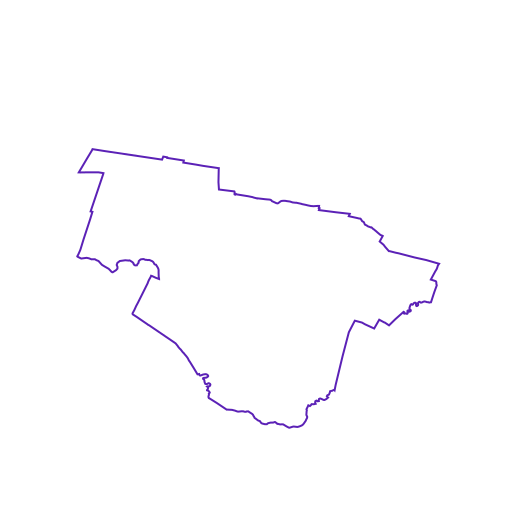 outline of Ciocanesti, Dâmbovita, Romania, rotated 152°
{"feature_id": "2599482B43170479222573", "entity_name": "Ciocanesti", "entity_type": "district", "adm_level": 2, "iso_a3": "ROU", "parent_name": "Romania", "parent_adm1": "Dâmbovita", "projection": "natural_earth1", "projection_center": [25.852, 44.613], "detail": "fine", "context": "isolated", "style": "outline", "palette": "violet", "viewbox_px": 512, "rotation_deg": 152, "n_neighbors": 0, "source": "geoboundaries", "source_scale": "gbopen_adm2", "svg_char_len": 6086}
<svg xmlns="http://www.w3.org/2000/svg" viewBox="0 0 512 512"><g transform="rotate(152 256 256)"><path d="M354.0,134.1L353.5,133.9L349.4,131.4L347.2,129.4L345.7,127.7L345.0,127.1L344.5,126.8L341.7,125.7L340.8,125.2L340.1,124.8L339.4,124.0L338.3,123.3L337.7,123.1L337.1,123.1L336.5,122.8L335.7,122.4L335.2,121.3L333.5,118.3L333.3,117.6L333.2,117.1L333.3,116.0L333.1,115.0L333.3,114.0L333.0,113.2L332.5,112.3L331.8,110.7L331.3,109.7L330.1,108.4L330.0,107.9L330.0,107.2L329.7,105.9L329.2,105.2L327.1,103.3L325.4,102.4L324.0,102.7L323.0,102.5L321.2,102.0L318.9,100.8L317.4,100.6L317.1,100.4L316.9,100.1L316.7,99.5L316.2,98.7L316.1,97.9L315.8,97.6L315.3,97.4L313.8,96.0L311.7,95.0L311.0,94.5L309.3,91.6L308.4,90.2L307.6,89.1L307.3,88.8L306.8,88.6L303.5,88.0L302.7,87.7L300.0,85.8L299.4,85.5L297.4,85.1L295.1,84.9L293.8,85.1L292.7,85.5L289.4,87.2L288.6,87.9L287.0,89.0L286.5,89.6L286.2,90.2L286.2,90.8L286.2,91.5L286.1,92.1L284.3,95.0L283.5,96.0L283.4,97.0L282.3,97.8L281.8,98.1L279.9,99.6L278.8,98.2L277.6,98.5L276.5,99.1L274.6,98.0L272.7,97.5L272.5,99.0L271.8,99.9L270.6,100.0L269.8,98.8L268.6,98.4L268.3,99.3L267.4,100.2L266.3,100.1L265.4,99.2L263.9,97.2L263.1,96.7L260.9,96.7L258.8,97.2L259.1,98.0L259.3,98.9L258.4,99.5L256.6,99.4L254.8,100.9L254.1,101.8L253.0,101.6L251.9,101.2L250.5,101.3L249.7,101.1L249.6,100.6L246.1,104.9L226.5,127.0L209.8,145.1L199.1,152.5L193.7,147.5L191.8,144.5L185.7,136.5L177.1,141.9L174.0,137.2L173.6,136.9L171.1,132.3L162.6,134.8L151.9,137.4L151.6,136.9L151.8,136.6L152.3,136.4L152.4,135.9L152.2,135.6L151.8,135.3L150.8,135.1L150.4,134.7L150.1,134.2L149.7,134.0L149.2,134.1L148.9,134.4L148.6,134.9L148.4,135.7L148.1,136.4L147.6,136.6L146.7,136.4L146.6,136.1L146.8,135.8L147.1,135.5L147.1,135.0L146.8,134.8L146.0,134.7L145.3,134.8L145.0,135.0L144.8,135.8L145.1,136.3L145.2,137.0L145.1,137.7L144.7,138.3L142.8,140.1L141.9,140.5L141.5,140.6L141.3,140.3L141.0,139.8L140.6,139.5L140.0,139.6L139.1,140.2L138.1,140.3L137.4,140.1L136.9,139.4L137.1,138.7L137.6,137.9L137.9,136.8L137.7,136.4L136.9,136.2L136.0,136.5L135.6,137.0L135.1,138.4L134.0,138.9L133.5,138.9L133.0,138.7L132.5,137.6L132.0,137.3L131.3,137.1L130.2,137.1L128.8,136.9L127.6,136.0L126.7,135.0L125.4,134.2L125.1,133.7L124.6,133.4L123.9,133.3L123.2,133.0L119.9,136.2L115.2,140.7L110.2,145.2L110.1,145.4L109.9,146.6L109.2,148.0L109.0,148.8L109.1,149.3L109.2,149.5L112.7,153.1L104.9,158.3L102.8,159.5L101.6,160.5L99.9,162.2L98.0,163.2L107.6,172.5L116.6,180.2L128.9,191.5L131.1,193.3L135.8,197.6L136.4,197.9L137.7,203.5L138.1,206.0L140.0,210.7L134.7,214.2L135.3,215.1L135.9,215.7L136.3,216.3L137.7,219.8L138.4,221.7L138.8,222.6L139.3,223.9L139.9,225.0L140.2,225.9L140.4,226.6L140.6,227.1L141.2,227.3L142.1,228.4L142.8,229.1L143.5,230.0L143.9,231.0L145.0,232.4L145.1,232.8L144.9,235.2L145.7,236.6L145.9,236.9L146.1,239.4L146.3,240.0L146.6,240.2L147.5,240.8L148.8,242.0L155.4,247.6L153.4,249.2L164.9,257.1L178.9,267.0L177.5,268.3L178.1,268.8L176.8,270.6L177.9,271.2L181.9,273.0L184.1,274.4L186.3,276.2L188.2,277.9L189.9,279.3L191.0,280.2L191.5,280.8L195.5,284.2L196.0,284.4L198.5,286.1L200.4,288.1L203.3,290.2L204.0,290.8L205.9,291.9L207.6,292.6L208.2,292.7L209.4,292.6L211.6,292.2L212.0,292.3L212.4,292.4L213.3,293.2L215.4,296.0L216.0,296.7L216.2,297.1L216.3,297.9L216.6,298.5L216.8,298.8L217.5,299.4L218.4,300.0L219.2,300.5L221.2,301.8L226.7,305.6L228.0,306.5L228.1,306.4L230.6,308.7L231.4,309.6L234.8,312.4L243.9,319.3L244.2,319.7L244.4,320.0L245.3,319.8L245.6,319.9L246.0,320.5L245.6,321.3L245.1,321.9L244.8,322.8L244.8,323.2L257.5,332.1L254.5,338.8L247.9,350.6L247.6,351.0L260.5,360.5L266.0,364.8L276.3,372.6L274.9,374.2L288.1,384.1L287.8,384.3L287.9,384.7L291.2,387.3L293.7,385.2L340.5,419.8L350.2,427.1L350.7,426.7L352.2,425.7L353.1,425.2L359.6,421.3L359.9,421.1L360.1,421.0L373.2,413.0L371.3,411.9L370.9,411.8L356.3,404.1L355.9,403.9L351.8,400.8L352.3,400.2L381.1,373.0L379.7,371.8L385.3,366.2L400.4,351.7L407.6,344.5L408.7,343.5L412.3,340.7L413.7,339.8L414.0,339.5L413.8,339.0L411.5,335.8L406.4,333.9L404.6,332.4L402.8,330.3L399.8,328.8L398.9,327.3L397.4,325.5L396.2,320.6L394.7,318.0L392.1,313.9L391.5,311.9L391.0,309.9L390.5,309.1L390.1,308.9L386.2,309.2L384.3,309.9L383.4,311.4L383.2,313.5L381.6,315.0L378.6,315.5L373.4,313.6L370.5,311.7L370.1,311.7L369.6,311.4L369.5,311.2L368.4,309.4L367.8,308.1L367.6,306.9L367.8,306.7L367.8,306.3L367.8,305.8L367.6,305.2L367.5,304.9L367.0,304.4L366.6,304.2L365.6,303.7L364.7,304.2L364.1,304.7L363.1,305.0L362.8,305.2L362.7,305.5L361.9,306.5L360.2,307.0L359.3,307.1L358.1,306.7L356.6,306.0L355.5,304.6L354.6,304.1L353.3,303.1L352.4,302.8L351.8,302.3L350.0,300.0L349.6,299.0L349.5,298.3L349.5,296.6L349.2,296.0L348.6,295.3L348.4,295.2L348.2,292.4L348.2,291.0L348.4,289.9L348.8,288.9L349.7,287.3L351.8,283.0L352.1,281.8L352.4,281.2L354.7,283.8L357.1,287.0L357.9,287.8L358.5,287.2L361.9,285.0L364.0,283.3L364.3,282.9L366.7,281.2L382.3,270.1L385.3,268.1L388.8,265.4L391.7,263.5L392.0,263.2L392.2,262.9L392.2,262.7L392.1,262.1L390.0,258.4L386.0,250.7L383.7,246.3L383.6,245.9L382.9,245.0L368.0,216.6L367.5,214.0L367.4,213.7L367.3,212.2L367.0,210.9L366.9,210.2L366.4,208.9L365.8,205.3L365.2,203.6L365.2,202.7L365.0,202.2L364.6,200.4L364.3,198.6L364.2,197.5L364.3,195.1L364.1,194.1L363.6,186.5L363.2,179.0L363.0,178.9L361.6,178.5L361.8,177.8L361.7,177.0L361.1,176.5L358.4,176.2L356.6,175.6L355.7,175.2L354.8,174.1L354.6,173.6L354.5,173.1L354.5,172.7L354.7,172.3L355.2,172.1L356.6,171.9L357.1,172.0L359.4,172.9L359.9,173.0L360.4,172.5L360.3,172.1L360.0,171.6L359.9,170.9L360.0,170.4L360.4,169.4L360.7,168.3L360.8,166.9L360.4,166.5L360.0,166.2L359.5,166.0L358.0,166.0L357.5,165.9L357.0,165.4L356.6,164.6L356.6,164.2L356.7,163.8L357.4,163.1L358.2,162.9L359.3,163.2L360.0,163.7L360.3,163.7L360.5,163.7L360.3,163.2L360.0,163.0L360.0,162.6L360.1,162.2L360.4,161.8L360.9,161.3L361.5,160.9L362.1,160.7L362.3,160.4L362.2,160.2L361.8,160.0L361.4,159.6L361.1,158.7L360.9,157.3L361.1,157.0L362.3,156.6L362.7,155.5L363.5,154.8L364.1,154.0L364.3,153.4L364.2,152.8L364.3,152.6L363.8,151.9L360.3,145.8L359.5,144.4L354.0,134.1Z" fill="none" stroke="#5b21b6" stroke-width="2"/></g></svg>